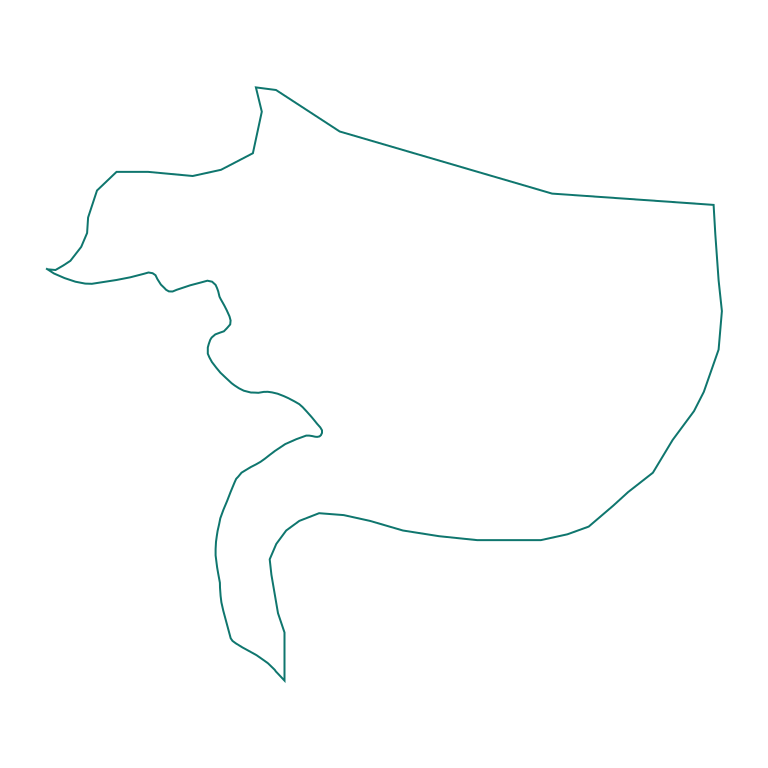 Monchy/Ravine Macock, Dauphin, Saint Lucia
{"feature_id": "8701671B74804511892204", "entity_name": "Monchy/Ravine Macock", "entity_type": "district", "adm_level": 2, "iso_a3": "LCA", "parent_name": "Saint Lucia", "parent_adm1": "Dauphin", "projection": "natural_earth1", "projection_center": [-60.927, 14.048], "detail": "fine", "context": "isolated", "style": "outline", "palette": "teal", "viewbox_px": 768, "rotation_deg": 0, "n_neighbors": 0, "source": "geoboundaries", "source_scale": "gbopen_adm2", "svg_char_len": 2138}
<svg xmlns="http://www.w3.org/2000/svg" viewBox="0 0 768 768"><path d="M46.1,268.4L54.0,273.5L64.6,278.1L75.4,281.7L85.2,283.6L91.9,283.8L116.4,280.0L130.3,277.3L143.5,273.9L148.5,272.5L152.6,273.2L155.5,275.2L157.4,279.1L160.9,284.6L164.3,287.9L166.1,289.8L168.9,291.4L172.6,291.5L176.7,289.8L190.2,285.3L201.2,282.4L207.4,280.7L212.1,281.7L215.6,284.9L217.0,288.0L218.2,291.3L219.5,296.7L220.8,299.3L224.3,305.5L226.7,310.2L229.5,316.4L230.6,320.5L230.2,324.4L227.2,327.9L223.9,331.3L220.1,332.6L215.3,334.4L211.7,337.5L210.3,339.7L208.8,343.9L207.8,347.5L207.8,353.7L209.4,357.4L211.9,362.0L216.2,367.6L220.4,372.7L225.9,377.9L231.6,383.2L234.4,385.3L239.0,388.3L243.8,390.7L250.8,392.5L254.8,392.6L258.4,392.8L263.7,391.9L267.8,391.8L272.1,392.4L277.6,393.7L283.8,396.1L288.0,398.0L294.5,401.4L299.2,404.1L302.6,407.1L306.5,411.3L312.0,417.5L317.1,423.8L320.3,427.4L322.0,430.3L322.0,432.9L320.9,435.2L319.5,436.4L317.2,436.9L315.0,436.7L312.4,436.1L309.2,435.6L306.2,435.6L296.3,439.2L285.2,444.1L275.0,450.9L269.6,455.0L264.9,458.7L260.4,461.9L256.0,464.4L250.7,467.1L245.4,470.3L241.5,472.7L238.1,476.8L236.2,478.8L234.6,482.3L230.5,492.2L227.1,501.0L223.4,509.8L220.3,518.3L219.1,524.3L217.6,530.9L216.8,536.0L216.0,541.8L215.6,549.1L215.6,555.4L217.1,567.2L218.2,573.6L219.2,579.0L219.9,582.8L220.0,587.6L220.6,595.9L221.4,602.4L223.3,610.8L225.8,620.1L230.7,638.3L232.5,640.9L235.9,643.4L242.4,647.4L256.4,655.1L260.3,657.8L263.7,660.2L267.9,663.2L274.8,669.9L275.8,671.4L284.5,680.6L284.5,669.0L284.5,657.5L284.5,647.9L284.5,632.5L278.0,613.2L271.4,574.7L269.7,559.3L276.3,543.9L286.2,530.5L299.3,520.9L319.1,513.2L343.7,515.1L370.0,520.9L402.9,530.5L439.1,536.2L476.9,540.1L516.4,540.1L541.0,540.1L567.4,534.3L588.7,526.6L613.4,505.5L628.2,492.0L652.9,472.7L672.6,440.0L694.0,411.1L703.8,391.9L718.6,349.6L721.9,311.1L718.6,280.3L715.3,234.1L713.6,204.9L552.1,193.6L339.7,131.5L276.0,90.0L255.9,87.4L261.8,111.7L252.9,153.2L221.0,169.8L192.7,176.0L148.4,171.9L116.5,171.9L97.0,190.5L88.1,217.5L87.1,233.0L81.2,246.9L70.4,260.8L63.4,265.4L55.5,270.0L47.4,269.3L46.1,268.4Z" fill="none" stroke="#0f766e" stroke-width="2"/></svg>